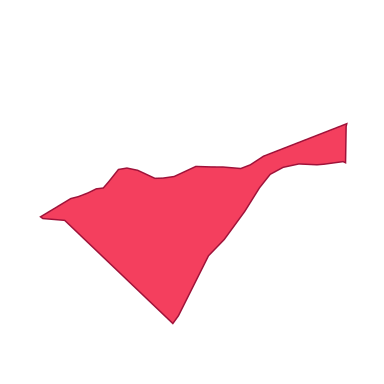 the district of Zenon, Soufrière, Saint Lucia, rotated 205°
{"feature_id": "8701671B14942759406503", "entity_name": "Zenon", "entity_type": "district", "adm_level": 2, "iso_a3": "LCA", "parent_name": "Saint Lucia", "parent_adm1": "Soufrière", "projection": "orthographic", "projection_center": [-61.034, 13.859], "detail": "fine", "context": "isolated", "style": "filled", "palette": "rose", "viewbox_px": 384, "rotation_deg": 205, "n_neighbors": 0, "source": "geoboundaries", "source_scale": "gbopen_adm2", "svg_char_len": 606}
<svg xmlns="http://www.w3.org/2000/svg" viewBox="0 0 384 384"><g transform="rotate(205 192 192)"><path d="M153.8,64.7L152.0,74.1L150.1,141.2L142.7,162.7L136.0,196.7L132.6,224.4L128.6,241.1L119.8,252.9L107.0,262.6L90.2,269.5L84.1,273.0L67.9,283.4L65.2,283.4L80.0,316.5L80.6,319.3L142.3,254.7L150.6,241.3L157.7,233.9L174.3,227.8L185.0,222.9L199.3,216.8L214.7,198.5L224.2,192.3L231.4,188.7L250.4,188.7L261.1,186.2L268.2,181.3L271.7,166.6L274.1,158.1L280.1,154.4L286.0,147.1L293.1,139.7L299.1,134.8L318.8,105.5L316.0,104.9L295.4,112.5L153.8,64.7Z" fill="#f43f5e" stroke="#9f1239" stroke-width="1.5"/></g></svg>